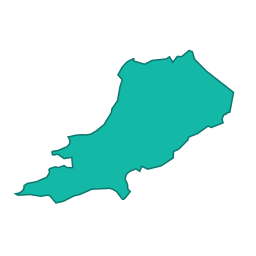 outline of St. Mary's, Maryland, United States of America, rotated 102°
{"feature_id": "52423323B54982247892787", "entity_name": "St. Mary's", "entity_type": "district", "adm_level": 2, "iso_a3": "USA", "parent_name": "United States of America", "parent_adm1": "Maryland", "projection": "orthographic", "projection_center": [-76.569, 38.273], "detail": "fine", "context": "isolated", "style": "filled", "palette": "teal", "viewbox_px": 256, "rotation_deg": 102, "n_neighbors": 0, "source": "geoboundaries", "source_scale": "gbopen_adm2", "svg_char_len": 1704}
<svg xmlns="http://www.w3.org/2000/svg" viewBox="0 0 256 256"><g transform="rotate(102 128 128)"><path d="M103.2,36.1L99.6,37.9L95.2,37.1L95.0,36.5L94.5,35.8L94.3,35.2L93.9,34.9L93.3,35.2L93.3,34.9L92.9,34.1L92.3,33.9L92.2,33.3L91.8,32.6L91.7,32.9L91.6,32.2L91.2,31.9L90.7,32.0L90.7,31.7L71.2,32.2L56.4,62.6L47.0,77.1L40.1,80.9L40.1,81.0L39.4,84.3L47.1,90.4L47.7,94.6L50.8,96.1L51.1,96.3L54.4,97.9L49.7,102.2L52.5,104.8L54.9,112.5L57.1,118.8L62.2,125.0L61.3,135.7L61.2,136.0L61.0,136.6L59.1,136.6L59.2,137.4L63.7,142.8L69.3,146.1L69.7,146.3L78.1,148.9L80.7,145.4L82.0,143.6L88.6,144.3L89.6,144.4L90.8,144.3L99.0,144.1L103.3,143.9L112.7,147.7L116.4,147.5L129.8,152.2L135.9,157.2L137.5,158.5L141.8,163.1L143.6,167.8L144.2,172.0L145.8,177.1L149.2,184.7L151.6,182.6L154.0,181.8L155.9,182.0L158.8,183.5L161.0,186.7L164.8,192.1L166.4,196.7L167.3,197.4L169.9,196.2L169.5,194.0L168.4,192.3L168.4,190.8L169.8,187.4L171.2,184.2L168.4,176.9L172.0,175.8L178.3,173.8L178.9,177.0L179.4,179.6L178.0,182.7L181.3,187.9L181.0,190.7L184.0,196.1L185.5,196.7L186.1,196.1L186.6,195.8L188.9,195.7L189.0,195.7L193.2,197.4L199.8,206.8L203.2,215.0L205.9,217.6L209.6,217.3L212.3,218.9L214.2,220.8L215.8,224.3L216.6,221.6L213.4,210.0L212.9,198.8L210.8,194.1L210.4,190.6L210.5,190.4L216.3,182.9L213.2,176.1L205.6,166.7L202.9,161.1L195.4,150.7L190.9,133.8L191.0,130.6L192.5,126.1L198.8,118.7L198.6,117.4L196.5,115.9L189.7,112.6L187.8,115.4L183.0,116.9L178.6,120.2L173.8,120.0L170.2,117.5L170.0,117.1L166.4,112.0L166.3,111.7L168.0,107.5L162.7,106.6L164.1,100.0L158.2,87.8L147.8,77.5L141.6,78.6L138.3,74.1L127.6,67.1L124.1,66.6L119.1,58.9L109.5,50.1L110.2,46.6L103.2,36.1Z" fill="#14b8a6" stroke="#0f766e" stroke-width="1.5"/></g></svg>